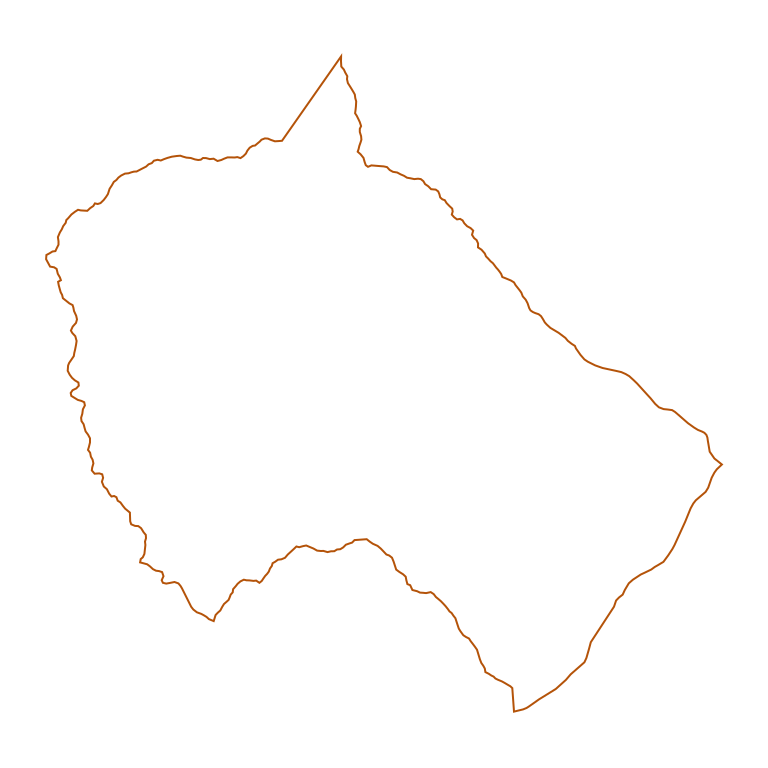 Selvíria, Mato Grosso do Sul, Brazil (Albers equal-area conic projection)
{"feature_id": "56859067B49043027609774", "entity_name": "Selvíria", "entity_type": "district", "adm_level": 2, "iso_a3": "BRA", "parent_name": "Brazil", "parent_adm1": "Mato Grosso do Sul", "projection": "albers", "projection_center": [-51.796, -20.268], "detail": "fine", "context": "isolated", "style": "outline", "palette": "amber", "viewbox_px": 768, "rotation_deg": 0, "n_neighbors": 0, "source": "geoboundaries", "source_scale": "gbopen_adm2", "svg_char_len": 6026}
<svg xmlns="http://www.w3.org/2000/svg" viewBox="0 0 768 768"><path d="M721.9,464.5L714.4,458.5L709.7,451.7L708.4,444.0L707.9,441.1L707.4,437.6L706.4,434.9L704.4,432.8L702.1,431.6L697.9,429.9L694.0,427.5L688.0,423.2L675.1,412.0L672.1,410.1L667.6,409.5L663.6,409.1L658.9,407.3L655.2,403.9L650.5,398.2L647.0,394.4L637.2,383.6L633.8,380.3L629.3,376.2L625.6,374.0L621.3,372.1L616.1,370.9L609.6,369.5L602.6,368.0L595.2,365.4L587.8,361.7L584.4,359.4L580.5,354.9L576.0,348.5L574.9,345.9L571.6,343.8L567.8,340.8L565.4,337.9L558.6,332.8L550.4,327.9L546.7,324.5L544.8,322.4L543.0,319.2L541.0,316.1L538.6,314.2L535.3,313.1L532.8,312.0L530.5,310.4L529.2,308.1L527.6,303.3L525.7,299.7L522.8,296.4L521.3,292.6L519.5,290.1L517.7,287.8L515.6,285.2L514.0,282.4L510.9,280.5L506.1,278.5L502.3,277.0L501.2,274.0L499.7,271.8L498.0,269.6L496.2,267.6L494.5,265.3L492.9,263.2L490.5,261.2L488.3,258.7L486.0,256.4L484.8,253.5L481.5,249.7L478.0,247.4L478.1,243.5L476.6,240.1L474.1,238.1L472.0,234.8L473.2,230.6L470.6,228.1L467.1,226.2L464.3,223.3L462.6,220.4L460.1,218.9L457.0,219.4L454.1,217.2L451.8,214.6L452.7,211.5L452.2,208.6L449.5,206.1L446.5,203.0L444.8,200.2L442.3,199.3L440.2,197.4L439.4,194.2L438.2,191.4L435.7,189.6L431.1,189.2L428.3,186.3L425.1,184.1L423.4,181.2L420.8,179.1L418.0,178.7L414.3,179.1L410.5,178.3L407.0,177.7L404.0,175.8L400.5,174.3L397.2,172.5L392.9,171.8L389.7,170.0L387.0,167.1L383.7,166.4L379.9,166.1L371.4,165.4L368.0,166.8L365.8,165.2L364.7,162.2L363.5,157.9L360.6,154.3L357.7,151.7L358.6,149.0L359.3,146.0L360.6,142.3L361.4,139.7L361.1,136.2L359.8,132.0L359.8,128.8L361.1,126.1L359.8,122.1L358.2,118.7L356.7,115.7L355.1,113.3L355.6,109.5L355.9,106.7L356.2,101.4L355.3,98.2L354.8,94.5L353.3,91.8L350.7,87.5L347.9,83.1L347.0,79.2L347.3,76.2L345.2,72.5L343.9,69.6L341.3,66.6L341.0,61.2L341.1,56.4L282.0,140.8L278.2,141.1L274.9,141.3L270.9,139.9L267.9,138.6L264.9,138.4L261.5,139.7L259.7,141.6L257.3,143.6L255.1,145.5L252.6,145.9L249.7,147.7L247.4,150.6L245.9,153.6L243.4,156.1L240.5,158.1L237.3,157.1L234.7,157.5L231.3,157.4L227.5,157.4L224.1,158.7L221.3,160.0L217.5,161.0L213.6,158.7L209.8,159.1L206.1,158.1L203.0,158.0L200.8,159.7L198.2,160.0L194.9,159.4L190.8,158.0L186.4,157.6L182.9,156.6L180.3,155.7L176.8,156.0L171.8,156.7L167.5,157.9L164.1,159.1L160.8,160.5L157.6,159.8L153.9,160.7L151.8,163.1L148.6,164.3L146.1,166.6L141.6,168.9L136.6,171.5L134.0,171.6L131.4,172.3L128.5,173.3L125.0,173.6L121.2,175.5L118.4,177.6L116.4,180.0L113.8,181.9L111.9,185.3L109.6,188.8L108.7,191.6L107.9,194.1L106.0,197.0L103.7,200.0L100.5,203.1L97.7,204.0L94.9,203.4L93.3,206.0L90.2,208.1L87.3,210.8L80.7,210.4L78.0,209.8L74.9,211.8L71.4,214.5L68.2,218.2L66.3,220.1L65.7,222.8L63.2,226.1L61.8,229.3L59.9,232.4L57.9,237.1L58.5,241.3L58.5,244.7L56.6,248.5L55.4,251.1L52.5,251.5L49.4,253.4L46.4,255.0L46.1,259.2L50.1,266.6L54.1,267.3L56.6,268.9L57.8,273.8L59.9,277.4L60.9,280.2L58.1,281.8L58.7,285.1L59.8,289.2L60.7,292.3L62.1,294.9L62.9,298.2L69.4,303.4L72.6,305.1L73.4,307.7L74.0,311.0L76.2,315.8L77.0,319.4L76.0,322.9L72.7,326.6L70.9,330.6L72.3,333.0L75.3,336.2L76.6,341.0L76.0,345.0L75.1,349.6L74.3,352.9L73.8,356.1L71.7,359.2L69.1,363.0L68.1,365.5L67.7,370.8L69.7,374.7L72.0,377.8L74.8,380.3L78.4,382.5L78.8,385.7L76.3,388.4L72.6,390.2L70.7,393.0L71.3,395.9L77.8,399.9L81.4,400.9L84.2,402.2L84.9,405.4L82.9,409.3L82.3,413.8L81.1,417.8L81.5,421.1L83.6,424.2L84.6,428.0L85.6,431.4L88.0,434.6L90.0,438.3L90.0,442.5L88.9,447.0L88.0,449.9L90.1,452.7L90.9,456.7L92.6,459.7L93.4,463.4L92.2,467.5L91.8,470.4L94.6,473.7L99.3,473.4L102.2,474.3L103.1,477.8L101.9,481.8L103.8,486.5L106.9,489.2L109.2,493.7L111.5,496.5L114.1,496.0L116.4,497.2L117.7,500.7L120.4,502.4L123.0,506.0L125.2,508.7L129.9,512.6L130.2,521.3L131.2,524.3L135.0,525.9L138.3,526.1L141.1,528.2L143.7,532.4L145.8,534.9L146.0,538.2L145.0,541.6L145.4,545.0L144.4,553.9L142.8,557.3L140.7,559.1L140.1,562.4L143.9,563.4L147.2,564.3L150.0,566.4L152.9,569.1L156.0,570.7L159.1,571.1L162.1,572.1L163.5,576.2L161.7,580.2L162.9,582.8L166.2,583.6L169.6,583.0L174.5,582.0L178.4,583.4L180.5,585.9L182.0,588.4L191.2,606.8L193.3,609.5L196.9,612.3L201.3,613.9L203.7,615.2L206.5,616.9L208.9,619.1L213.7,621.1L215.6,615.0L217.9,612.6L220.3,610.5L222.2,606.9L224.0,604.0L226.3,602.0L228.6,599.9L229.7,597.3L230.7,594.6L232.7,592.4L233.1,589.2L235.9,586.0L237.6,583.8L240.4,581.4L243.8,579.7L246.5,580.3L249.4,580.4L253.5,580.9L256.2,580.6L259.4,582.8L261.7,581.0L263.5,578.3L265.2,575.9L267.1,573.9L268.8,571.6L270.0,568.5L271.8,566.0L272.6,563.2L275.1,561.8L278.0,559.7L281.4,559.3L285.0,557.8L287.8,554.5L291.1,551.5L293.8,549.0L296.4,546.5L299.2,547.2L303.2,546.1L306.2,545.5L313.4,548.5L317.1,550.6L320.9,551.0L323.4,550.9L327.5,552.1L330.9,551.3L334.3,551.2L337.0,549.5L340.3,549.2L343.2,547.4L345.9,544.7L349.6,543.4L352.1,542.6L354.5,540.1L366.7,539.2L369.7,541.6L372.9,543.8L377.6,545.9L380.8,548.6L383.2,551.1L386.4,554.5L389.2,555.5L392.0,557.7L393.6,561.6L396.2,569.6L399.3,571.9L403.1,574.3L405.7,576.7L406.4,580.4L407.4,584.1L410.2,585.2L412.4,590.0L417.1,591.2L420.0,592.6L423.0,592.8L426.1,593.1L430.7,592.1L433.7,594.1L435.9,597.0L438.1,598.8L440.9,601.2L443.5,603.9L445.6,606.2L447.9,609.1L449.5,611.4L451.6,613.0L453.5,615.8L455.4,618.2L457.6,625.0L458.8,628.6L460.4,631.2L463.3,635.2L466.0,637.0L469.0,638.5L470.7,641.2L472.5,643.5L474.9,646.7L477.0,649.7L479.9,659.3L481.4,663.1L483.2,665.6L484.8,668.5L485.4,672.1L488.8,673.8L491.3,675.5L493.6,676.6L495.4,678.5L497.8,679.7L501.9,681.4L504.6,682.9L507.8,684.8L510.4,686.3L512.3,688.1L514.0,711.6L523.1,709.4L526.5,708.0L528.6,706.7L539.1,699.3L555.9,688.9L559.1,686.0L565.9,679.9L570.7,674.3L584.4,662.3L586.4,658.0L589.1,648.6L590.8,642.2L614.0,606.7L616.1,600.5L619.0,597.5L622.7,594.6L624.8,590.0L628.8,583.3L632.9,579.7L640.8,574.5L644.7,572.7L651.3,569.5L654.7,567.0L658.2,565.0L661.0,563.3L663.4,561.9L668.2,555.4L672.4,549.0L674.5,545.1L685.2,521.7L688.0,514.8L690.6,508.4L693.3,503.5L695.8,500.3L705.6,491.9L708.2,487.7L711.7,477.7L714.4,472.6L716.8,469.3L721.9,464.5Z" fill="none" stroke="#b45309" stroke-width="2"/></svg>